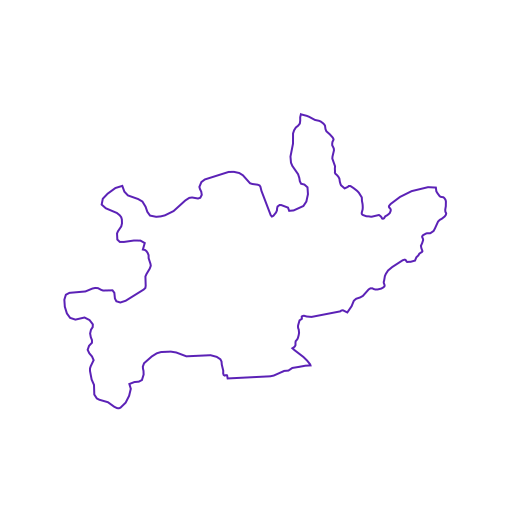 Graubünden, Robinson projection, rotated 162°
{"feature_id": "CHE-170", "entity_name": "Graubünden", "entity_type": "Canton", "adm_level": 1, "iso_a3": "CHE", "parent_name": "Switzerland", "parent_adm1": "", "projection": "robinson", "projection_center": [9.485, 46.618], "detail": "fine", "context": "isolated", "style": "outline", "palette": "violet", "viewbox_px": 512, "rotation_deg": 162, "n_neighbors": 0, "source": "natural_earth", "source_scale": "10m", "svg_char_len": 4624}
<svg xmlns="http://www.w3.org/2000/svg" viewBox="0 0 512 512"><g transform="rotate(162 256 256)"><path d="M182.9,361.1L180.9,363.8L178.4,365.9L175.7,366.9L173.4,368.4L172.1,371.1L171.1,374.3L169.5,376.9L169.4,376.8L164.4,373.6L162.5,372.0L157.9,367.2L154.3,365.1L152.9,363.9L151.2,361.5L150.5,360.1L150.1,358.7L150.7,355.2L150.6,353.8L150.5,352.8L148.2,348.9L146.5,345.1L146.2,343.8L146.3,342.7L148.1,340.8L148.9,339.1L149.3,337.7L149.0,336.0L148.8,334.2L149.2,332.4L152.5,327.0L153.3,325.1L153.1,316.9L154.0,314.7L154.7,312.1L155.2,310.9L155.1,309.8L154.0,307.9L153.2,306.0L152.8,303.8L153.3,300.8L153.4,298.6L153.3,297.0L150.8,292.9L147.5,293.3L146.5,293.7L146.1,293.9L144.5,293.3L142.2,290.4L139.9,287.0L139.2,285.7L138.6,284.3L137.3,279.1L137.5,278.2L137.8,277.1L138.2,275.7L138.6,272.5L139.0,270.8L139.6,268.8L140.3,267.2L142.0,264.6L142.4,263.5L142.2,262.7L141.7,262.0L138.8,259.7L136.4,258.8L134.9,258.0L133.8,257.6L126.4,257.0L125.3,255.5L124.7,254.1L124.5,252.7L123.8,252.2L122.6,252.3L120.8,253.8L118.7,254.2L117.0,254.8L115.5,255.5L113.9,257.4L113.5,258.7L113.8,260.0L114.3,260.8L114.4,261.7L113.9,262.6L111.8,263.9L100.7,267.7L87.9,269.6L71.1,268.3L63.8,265.5L64.5,261.8L64.0,259.6L62.9,256.3L62.3,255.4L61.5,254.9L60.5,254.4L59.7,254.0L59.1,253.1L58.7,252.0L58.4,250.5L58.6,249.0L60.1,244.7L61.7,241.6L62.1,240.2L62.2,239.2L62.0,238.5L62.0,237.6L62.8,236.4L64.3,235.3L67.8,234.0L70.0,233.6L72.2,232.5L77.3,226.9L79.4,224.9L83.2,223.8L86.5,224.8L87.4,224.8L90.6,224.2L91.4,223.8L92.1,222.9L91.9,220.4L92.0,220.0L92.2,219.4L94.0,216.9L96.0,214.7L96.3,212.4L96.2,209.2L96.8,208.6L98.4,208.2L100.0,207.7L101.4,206.4L103.9,205.2L106.2,202.5L110.8,202.7L113.0,203.4L114.1,203.6L114.5,204.3L115.0,206.1L115.8,206.6L117.9,206.6L129.9,203.4L134.9,201.4L138.0,198.9L139.6,197.1L140.6,195.2L141.3,193.9L141.9,192.8L142.5,191.9L142.8,191.0L142.7,188.9L142.9,187.9L143.4,187.3L144.9,186.7L147.0,186.3L150.6,186.6L152.7,187.2L154.3,188.2L155.3,189.3L157.1,189.9L159.2,189.4L166.7,185.0L169.8,184.4L173.9,184.4L175.7,183.7L176.9,183.1L180.6,178.7L186.6,174.1L190.1,177.5L190.8,177.7L192.0,177.7L192.9,177.3L222.0,180.9L226.5,182.8L228.9,184.4L230.5,184.5L231.2,184.3L231.8,182.1L234.5,181.3L237.4,177.0L238.0,175.5L238.2,174.1L238.1,172.8L238.8,169.6L239.9,167.5L241.4,165.2L242.5,164.0L244.6,162.7L245.2,161.5L246.0,159.0L247.0,158.0L248.3,157.4L249.9,157.0L248.7,154.9L242.1,145.3L239.7,140.7L238.0,136.2L238.0,135.1L242.9,136.4L250.2,137.4L256.1,138.3L260.6,137.0L264.7,138.0L276.1,136.8L279.7,137.2L320.8,148.3L320.4,151.4L321.3,152.0L322.7,151.9L323.5,152.8L323.5,154.4L322.6,157.0L322.1,163.3L321.4,166.3L321.8,168.8L324.5,172.2L329.9,175.7L353.2,182.1L361.7,188.9L366.6,191.4L376.0,194.0L379.0,194.1L380.5,194.1L386.1,192.7L395.6,188.6L397.8,185.8L398.3,183.8L398.5,181.5L399.5,178.0L402.8,173.3L406.3,172.7L410.6,173.7L416.0,173.4L416.1,168.4L419.9,162.2L425.3,156.8L431.6,153.7L432.8,153.5L434.0,153.7L435.2,154.3L437.4,156.4L442.0,162.7L449.4,167.7L451.4,169.7L452.6,174.2L449.9,183.5L450.5,189.3L449.4,198.0L448.6,200.4L447.3,202.2L442.6,207.1L443.0,211.1L444.6,215.0L445.1,218.8L442.5,222.2L438.8,224.2L438.0,226.7L438.2,229.8L437.7,233.6L435.7,236.9L433.3,238.8L432.3,241.4L434.1,246.5L438.1,250.5L447.4,251.3L451.9,254.6L453.6,259.8L453.5,266.8L451.8,273.6L450.5,275.5L448.8,277.9L444.8,278.6L429.2,275.0L421.6,275.6L418.8,275.3L416.3,274.3L415.0,273.0L413.8,271.7L412.1,270.4L403.1,267.7L402.1,264.8L403.3,259.2L402.8,256.1L399.4,253.7L393.8,253.7L373.2,258.8L371.1,259.8L370.1,261.8L367.5,270.7L365.7,272.7L361.0,276.8L359.1,279.2L358.8,281.1L358.8,287.1L357.9,290.0L358.1,292.5L358.7,294.5L359.7,296.0L361.6,297.1L357.8,302.7L361.2,306.4L367.6,308.5L377.4,310.2L381.2,311.5L382.8,314.5L381.2,320.4L379.6,322.2L375.0,325.8L373.4,328.4L372.3,332.1L372.2,334.5L373.0,336.8L375.0,339.9L384.1,347.8L386.9,352.6L384.0,357.8L377.9,361.1L368.7,364.1L361.5,364.0L361.3,357.9L359.1,353.2L350.5,346.6L347.2,342.9L345.8,337.0L345.7,331.6L344.3,327.2L338.8,324.1L334.3,323.1L330.1,322.8L320.5,324.2L306.0,330.7L301.5,331.9L298.7,331.4L293.4,328.6L291.0,328.6L288.7,330.9L288.2,334.0L288.6,337.1L288.5,339.2L285.1,343.2L281.0,344.6L256.0,344.4L250.9,342.8L246.3,340.1L243.5,336.8L239.2,327.0L237.2,325.6L232.4,323.3L230.8,322.0L230.4,320.5L230.7,316.3L229.4,290.3L228.7,288.6L227.0,288.9L223.5,291.2L222.0,292.9L221.2,294.8L220.2,296.4L217.8,297.2L216.2,296.6L210.6,292.1L210.5,288.7L206.1,287.7L195.5,288.9L191.3,292.2L187.5,298.7L185.8,305.4L187.9,309.0L190.8,310.8L191.2,313.5L190.7,316.9L190.7,320.8L193.6,330.4L193.9,333.9L192.5,339.9L186.1,351.4L182.9,361.1Z" fill="none" stroke="#5b21b6" stroke-width="2"/></g></svg>